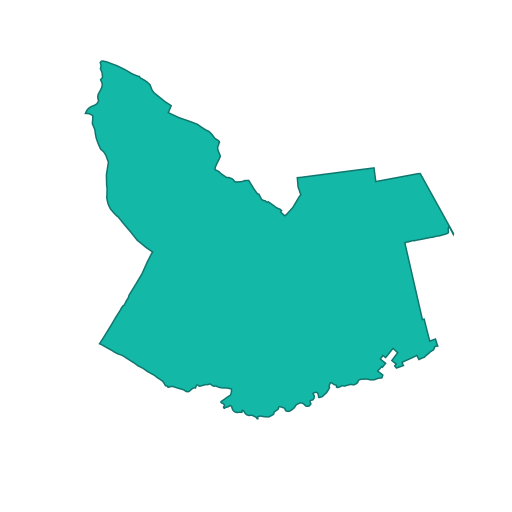 the district of Sanpetru, Brasov, Romania, rotated 282°
{"feature_id": "2599482B44201222248053", "entity_name": "Sanpetru", "entity_type": "district", "adm_level": 2, "iso_a3": "ROU", "parent_name": "Romania", "parent_adm1": "Brasov", "projection": "albers", "projection_center": [25.619, 45.713], "detail": "fine", "context": "isolated", "style": "filled", "palette": "teal", "viewbox_px": 512, "rotation_deg": 282, "n_neighbors": 0, "source": "geoboundaries", "source_scale": "gbopen_adm2", "svg_char_len": 6097}
<svg xmlns="http://www.w3.org/2000/svg" viewBox="0 0 512 512"><g transform="rotate(282 256 256)"><path d="M396.2,67.3L392.8,69.7L390.4,70.1L388.5,70.0L386.0,69.4L381.6,68.1L379.6,68.0L377.2,68.6L375.4,69.6L373.7,69.5L372.2,68.9L370.5,67.5L367.5,63.3L365.3,61.3L363.0,60.2L360.0,59.5L360.5,62.9L360.2,64.5L359.7,66.2L359.2,67.1L356.8,67.7L351.4,68.4L346.1,72.1L342.3,73.4L338.3,75.1L333.3,78.1L328.6,81.5L328.1,82.1L326.7,84.6L325.5,86.2L323.0,88.4L317.1,92.1L304.2,92.8L294.1,95.2L291.4,96.2L283.8,97.7L282.0,97.9L279.3,99.0L276.8,100.2L275.6,100.9L271.9,103.7L268.6,107.9L266.3,111.4L265.6,113.0L259.1,121.0L253.2,128.7L246.6,136.7L244.0,141.9L241.5,146.6L238.4,154.1L238.1,154.0L238.2,153.8L227.6,150.9L215.0,148.2L204.6,144.7L191.4,140.0L188.6,139.8L185.5,138.6L181.2,137.5L180.4,137.2L179.9,136.5L179.2,136.1L176.6,134.9L175.8,134.9L167.2,131.7L158.2,128.7L145.0,124.0L137.6,121.2L137.3,123.0L135.4,128.9L133.4,135.5L132.7,137.0L131.6,141.0L131.1,145.1L130.4,147.5L130.0,148.7L129.5,149.7L127.4,155.4L127.1,155.9L126.9,156.8L126.5,157.6L126.0,159.4L124.9,161.5L124.7,162.1L123.8,164.0L123.5,165.8L122.5,169.2L121.5,171.6L121.0,172.5L120.3,174.3L118.1,181.6L116.3,185.2L115.3,188.0L114.1,190.7L112.9,192.1L110.4,194.3L110.2,194.9L110.4,195.9L110.3,196.6L110.2,196.8L109.5,196.9L109.4,197.3L109.5,197.9L110.8,200.2L111.0,201.2L110.9,203.7L110.6,206.1L110.3,209.7L110.2,211.9L110.0,213.3L109.1,215.4L108.9,216.2L109.0,216.9L109.2,218.0L109.5,218.5L110.1,219.1L112.7,221.0L113.7,222.0L114.3,223.3L114.3,224.2L116.9,224.6L117.3,224.9L117.6,225.3L117.7,225.7L117.6,226.2L116.9,227.3L116.9,227.8L117.1,228.4L118.0,230.2L119.2,232.5L119.6,233.1L120.1,235.5L121.2,237.3L121.2,237.9L121.0,238.6L119.9,241.1L119.9,241.6L120.0,242.3L120.5,243.7L120.5,244.0L120.5,244.3L120.2,244.9L120.1,246.3L119.9,247.0L119.8,248.2L120.0,250.7L120.8,254.7L120.9,256.1L120.8,257.6L120.9,259.2L120.4,259.7L120.0,259.9L118.9,260.1L116.1,260.2L114.9,260.0L114.5,259.8L111.9,257.2L109.4,255.0L106.5,252.2L106.2,252.0L105.8,252.0L105.1,252.9L104.8,254.6L104.2,255.6L103.1,256.2L102.7,256.2L101.7,255.7L101.4,255.7L100.9,255.9L100.7,256.1L100.5,256.5L100.5,257.0L101.5,257.5L102.0,258.8L102.3,259.3L103.3,260.9L104.2,261.4L104.4,261.6L104.4,262.0L104.2,262.6L103.6,263.4L103.2,263.7L101.0,265.0L100.2,265.8L99.4,267.0L99.0,268.2L98.9,268.9L98.9,269.6L99.8,272.6L100.1,274.5L100.3,274.8L100.5,274.8L101.2,274.5L101.7,274.5L102.0,274.6L102.4,275.0L102.2,275.5L101.4,276.7L99.5,278.5L98.8,280.0L98.5,281.7L98.7,282.8L99.3,284.4L99.4,285.0L99.3,285.7L98.8,287.5L98.5,289.1L98.1,289.8L97.1,290.9L97.1,291.1L97.1,291.6L97.5,291.7L98.3,291.1L98.6,291.0L98.9,291.1L99.2,291.3L99.9,292.3L100.5,294.2L100.4,295.6L100.6,298.3L101.2,301.6L101.4,302.2L104.0,305.3L104.4,305.7L105.2,306.2L105.7,306.3L106.5,306.1L107.1,306.2L109.6,308.5L110.8,309.5L111.3,309.7L112.2,309.6L112.9,309.6L113.4,309.9L113.5,310.3L113.6,310.9L113.5,312.0L113.1,315.5L112.8,316.0L112.1,316.2L111.0,317.1L110.7,317.8L110.6,318.4L110.7,319.6L110.9,320.4L111.3,321.3L113.3,323.3L115.0,324.6L116.2,325.3L118.4,326.1L119.5,327.0L121.5,329.8L121.8,331.0L121.6,332.1L121.3,333.3L119.7,335.6L119.6,336.8L119.8,338.0L120.2,338.9L120.6,339.4L122.3,340.3L122.8,340.4L123.1,340.3L124.6,339.2L124.9,339.0L125.4,339.0L125.8,339.2L126.1,339.6L126.9,341.2L127.4,341.7L128.9,342.3L130.0,342.3L131.3,342.0L131.8,341.7L133.0,340.5L133.3,340.4L133.7,340.5L134.0,340.8L135.0,342.5L135.1,343.3L135.1,344.0L135.0,344.5L134.7,344.9L133.1,345.8L131.7,346.4L131.0,346.5L130.7,346.8L130.7,347.1L131.3,348.5L132.3,350.1L136.9,353.3L137.9,353.8L140.1,354.6L142.5,355.3L143.5,354.7L144.6,354.5L146.4,354.9L147.5,355.3L147.7,355.5L147.6,356.2L147.4,357.1L146.8,358.4L146.5,359.0L146.4,360.2L146.4,361.1L146.2,361.5L145.6,361.8L144.8,361.9L144.5,362.0L144.3,362.7L144.3,363.1L145.1,364.7L145.7,365.5L146.5,366.6L147.1,367.4L147.2,368.2L147.1,369.0L147.2,369.8L147.4,370.3L148.6,372.1L149.4,374.0L150.1,375.2L150.1,375.7L150.2,377.4L150.2,378.0L150.5,378.8L151.5,380.1L152.2,380.8L153.2,381.6L153.9,381.9L154.9,381.8L155.7,382.1L157.2,384.1L158.7,390.0L158.8,391.4L158.6,393.0L159.0,395.5L159.6,397.5L160.0,398.2L161.2,400.0L161.9,401.2L162.5,402.8L162.5,403.5L162.8,404.1L163.1,404.4L163.9,404.6L165.9,404.8L168.8,398.9L173.9,402.0L173.5,402.8L178.0,405.1L181.0,399.1L185.1,400.8L183.6,403.9L194.1,409.2L190.9,414.7L182.0,410.6L179.4,415.6L177.3,414.5L175.6,416.7L179.5,423.0L181.3,421.6L182.1,421.0L182.4,421.0L188.1,428.7L188.8,429.7L192.2,434.0L188.6,436.9L191.0,440.1L191.9,441.7L193.5,442.6L196.8,445.3L198.2,446.2L199.4,447.3L201.0,449.1L203.1,449.6L203.8,449.5L205.0,450.2L205.7,452.5L209.0,450.5L212.1,448.8L208.9,443.6L229.2,433.6L228.4,432.0L299.7,398.9L300.0,398.9L300.1,399.3L300.3,399.8L301.0,400.2L301.1,400.5L301.3,401.9L301.5,402.2L302.1,402.7L302.2,403.5L302.3,403.9L303.5,405.6L303.8,407.5L304.3,408.6L305.1,410.2L306.2,413.1L308.8,419.1L309.2,419.6L309.2,420.3L310.2,422.1L311.2,425.1L313.3,429.2L313.6,430.6L314.0,431.5L317.2,437.5L318.4,439.1L319.1,439.3L319.8,439.2L322.6,438.3L324.1,438.4L325.1,438.7L318.2,444.5L319.0,444.5L370.8,399.5L370.2,397.3L353.7,357.7L366.7,353.1L358.6,329.9L342.1,283.1L341.2,280.1L332.3,282.8L325.2,287.1L322.9,285.9L311.2,282.0L302.9,277.2L301.3,275.7L304.2,270.9L305.7,271.6L306.7,269.9L307.5,265.8L308.9,263.0L311.6,256.7L310.8,255.6L311.9,253.6L311.9,251.9L312.3,249.9L317.1,245.9L317.1,244.5L320.9,240.3L328.4,233.2L327.4,229.2L325.9,226.9L324.9,223.7L324.1,220.1L325.9,217.9L326.6,216.4L327.1,213.4L326.7,210.8L329.0,205.2L330.9,202.1L331.9,198.2L332.7,197.8L334.4,197.7L340.1,199.0L343.0,199.8L346.1,200.4L348.3,199.1L350.6,197.4L353.2,196.1L354.7,195.9L357.1,196.3L358.7,196.2L359.2,196.7L360.3,196.3L360.9,195.5L362.5,191.3L366.2,187.1L368.1,184.0L368.9,180.5L371.1,174.8L372.6,171.5L373.6,165.1L375.4,151.4L378.0,140.4L385.4,141.8L388.1,134.8L394.4,122.4L396.7,119.8L401.4,116.8L403.4,113.5L404.6,110.8L406.3,105.5L407.4,104.6L407.3,103.0L408.5,96.7L411.1,88.9L413.1,80.9L414.8,70.0L414.9,66.0L414.5,64.3L412.8,63.4L410.0,64.9L406.8,64.9L403.4,67.3L398.6,68.8L396.2,67.3Z" fill="#14b8a6" stroke="#0f766e" stroke-width="1.5"/></g></svg>